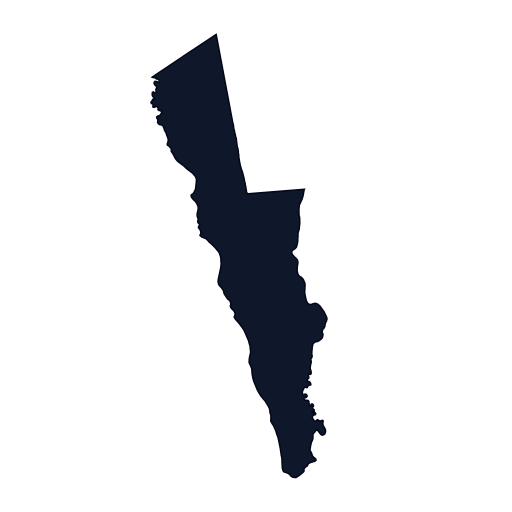 the district of Maxixe, Inhambane, Mozambique, rotated 153°
{"feature_id": "85939544B37735984540105", "entity_name": "Maxixe", "entity_type": "district", "adm_level": 2, "iso_a3": "MOZ", "parent_name": "Mozambique", "parent_adm1": "Inhambane", "projection": "robinson", "projection_center": [35.32, -23.871], "detail": "fine", "context": "isolated", "style": "filled", "palette": "ink", "viewbox_px": 512, "rotation_deg": 153, "n_neighbors": 0, "source": "geoboundaries", "source_scale": "gbopen_adm2", "svg_char_len": 6060}
<svg xmlns="http://www.w3.org/2000/svg" viewBox="0 0 512 512"><g transform="rotate(153 256 256)"><path d="M190.9,471.5L225.1,467.6L267.4,462.5L266.9,461.9L265.1,460.7L264.9,460.1L264.3,458.9L263.3,458.4L263.0,457.8L262.7,456.9L262.6,455.7L262.7,455.2L263.1,454.7L263.8,454.9L265.4,456.7L266.8,457.5L268.1,456.8L268.3,456.1L268.5,456.0L268.5,454.4L267.7,452.2L267.7,451.9L268.2,451.0L269.3,450.1L269.9,449.5L269.9,448.5L270.7,447.5L271.8,447.2L272.4,447.3L272.7,447.7L272.7,448.5L273.1,448.9L274.0,448.8L274.5,448.2L275.3,446.8L275.5,446.2L275.5,444.9L274.7,442.1L275.5,441.7L276.5,442.5L277.2,442.2L278.1,441.4L279.0,441.2L279.8,440.7L280.0,439.3L279.2,438.8L278.9,437.5L279.2,436.7L279.9,436.4L280.2,435.6L279.5,434.8L276.8,434.4L276.1,433.5L276.1,431.8L276.8,431.1L276.7,430.1L275.7,429.2L274.7,428.0L274.8,426.6L277.3,425.2L278.4,424.9L279.9,425.3L281.4,425.0L281.8,424.1L281.6,422.6L282.0,421.0L283.0,419.9L283.0,418.2L282.1,416.7L280.6,415.7L279.8,414.1L280.2,410.1L280.4,409.8L280.3,406.1L280.6,404.7L281.0,401.0L281.5,399.2L282.6,397.7L284.0,396.3L284.5,395.6L284.5,394.9L283.6,393.1L283.2,391.9L283.2,391.4L282.8,390.3L283.4,388.7L284.0,387.8L283.6,384.5L283.6,379.4L282.9,376.2L282.1,374.4L279.4,369.0L278.1,365.2L274.9,358.6L273.9,354.4L274.0,352.3L274.5,350.9L275.5,349.2L278.5,344.5L279.9,342.7L282.7,340.7L284.0,340.0L285.2,340.0L286.3,339.6L286.7,338.4L286.7,337.0L286.1,334.3L285.2,332.1L285.1,330.8L284.9,329.3L285.2,326.3L285.5,325.3L286.8,323.3L287.8,322.1L289.7,319.7L290.5,317.5L290.6,315.8L291.1,314.4L291.7,314.1L292.1,313.3L292.5,312.9L292.6,312.6L292.4,311.4L291.9,310.0L292.2,309.2L293.2,308.7L294.2,307.9L294.4,307.0L293.9,304.5L294.3,302.5L294.9,301.1L296.5,300.0L296.5,299.2L296.1,298.6L295.7,297.6L292.8,294.3L292.2,292.8L291.7,291.2L291.4,289.7L290.2,286.9L288.6,282.0L287.4,276.5L287.3,275.0L288.0,271.1L288.8,268.9L289.7,267.0L290.5,265.0L292.7,261.6L300.3,252.2L301.4,250.5L301.7,249.3L302.1,248.3L302.1,246.9L301.7,245.2L301.2,243.5L300.7,240.3L301.5,236.7L301.3,234.7L300.8,230.6L299.7,228.4L299.7,226.7L300.1,224.9L300.7,223.9L301.5,223.3L301.8,221.9L301.7,220.4L301.2,218.8L300.6,217.7L300.6,214.9L301.0,213.7L301.8,212.6L303.0,211.8L303.2,211.1L303.0,209.1L301.6,203.4L300.6,197.7L300.4,195.1L300.6,191.2L301.1,183.7L301.7,181.3L302.3,178.0L303.5,175.5L303.9,173.9L304.7,172.4L308.4,167.9L310.5,164.3L310.8,158.8L311.1,157.2L312.2,154.5L312.8,153.3L314.0,149.4L314.5,147.3L314.9,144.8L315.6,136.2L315.5,133.0L315.2,129.1L313.7,122.5L313.2,116.6L313.3,113.9L313.8,111.9L314.2,111.3L314.7,109.7L315.0,107.6L315.8,105.7L317.7,102.4L317.8,101.0L317.7,99.1L317.4,97.1L317.7,91.2L318.3,88.1L318.8,84.1L321.7,73.6L324.2,66.3L324.2,65.8L325.6,61.9L326.2,61.1L327.2,58.6L327.7,57.8L327.9,56.9L328.7,55.6L329.4,52.3L329.3,51.4L328.9,50.7L327.9,49.9L327.4,49.2L326.4,48.3L325.2,46.1L325.0,44.9L324.6,43.6L323.8,42.4L322.7,41.5L321.1,40.5L318.2,40.7L313.9,41.5L311.7,42.1L310.7,42.7L310.6,43.6L309.8,44.5L308.8,45.1L307.7,45.5L305.9,45.6L303.6,47.2L301.8,47.3L296.5,46.4L295.2,46.8L294.9,48.0L296.1,50.8L296.5,52.8L296.0,54.7L296.1,58.4L295.4,59.7L295.0,60.0L293.4,62.3L292.6,63.1L291.7,64.4L289.0,66.6L288.0,67.8L286.6,70.5L285.6,71.8L283.9,72.3L282.5,73.1L281.5,73.3L280.7,73.2L280.0,72.0L279.6,69.1L279.2,67.5L278.6,66.6L278.0,66.1L276.9,66.0L276.7,66.1L275.5,66.2L274.3,67.3L273.8,67.9L273.2,69.0L272.9,70.8L273.1,74.8L272.4,76.7L271.1,78.4L271.0,78.7L271.5,79.5L273.7,79.8L274.8,80.7L274.9,81.5L275.6,82.3L276.4,82.2L277.1,81.8L278.5,82.0L279.0,83.3L279.2,85.1L279.2,86.4L278.7,87.3L277.3,88.0L275.8,87.9L275.1,87.7L274.5,88.2L274.3,88.9L274.7,90.0L276.8,90.3L277.1,90.9L277.0,91.6L276.1,91.7L275.2,91.4L274.4,91.5L274.0,92.4L274.8,94.6L274.3,95.4L272.8,96.3L272.5,97.4L273.0,98.6L273.6,98.9L274.2,98.8L274.7,97.2L275.1,97.0L275.6,97.7L275.8,98.5L276.3,98.7L276.6,99.2L275.6,100.2L275.6,101.5L274.9,102.4L275.1,103.5L276.2,104.4L277.2,104.8L277.9,105.5L278.2,106.4L278.2,107.2L277.4,107.6L276.6,107.3L275.6,107.2L274.1,107.8L273.8,108.7L274.3,110.3L275.5,110.8L276.6,111.0L277.2,111.7L277.2,112.4L276.1,114.2L275.7,114.7L274.2,115.7L273.4,116.5L272.6,116.8L271.6,116.8L270.6,115.7L270.0,115.5L269.4,116.2L268.9,116.5L266.7,116.7L265.8,116.3L265.3,116.9L265.2,118.3L265.4,119.6L266.2,120.4L266.9,120.7L266.9,121.3L266.3,122.9L265.0,123.0L264.4,123.3L264.0,123.9L263.6,126.0L263.3,126.4L262.6,126.6L262.1,126.3L261.6,125.9L260.6,125.9L259.8,126.9L259.2,128.7L259.0,129.8L258.8,131.1L258.1,132.4L256.0,135.2L255.1,136.1L254.6,137.2L254.2,138.8L253.7,139.5L252.5,140.1L251.5,141.1L250.7,143.6L249.6,145.5L247.6,148.7L246.1,150.7L245.1,151.8L243.6,152.4L241.9,152.5L239.9,151.9L238.6,151.9L235.8,152.3L234.3,152.9L233.5,153.5L231.9,155.7L231.6,157.9L231.0,159.2L229.9,160.2L228.2,160.9L226.4,162.2L226.1,162.9L225.6,163.6L224.6,164.5L223.9,165.4L222.6,166.1L222.2,166.9L221.4,167.5L221.1,168.4L220.9,169.3L220.7,175.5L221.3,179.6L221.8,182.6L222.9,185.2L224.7,187.0L226.7,187.5L228.5,187.7L230.0,188.3L231.2,189.7L231.5,191.8L231.4,193.4L230.4,197.5L229.7,200.0L228.9,202.0L227.6,204.1L225.1,208.6L224.7,210.4L224.6,212.6L224.5,213.3L225.1,216.2L226.0,217.4L226.7,218.9L226.9,220.9L226.4,222.8L225.9,224.5L224.4,227.2L221.6,231.1L220.9,233.5L221.5,236.2L222.1,237.6L222.8,240.3L222.9,241.8L222.3,243.6L221.0,244.5L217.9,244.8L216.1,245.5L215.0,246.6L213.0,248.9L211.9,250.5L210.9,252.6L210.0,253.8L208.3,257.1L206.9,258.8L205.2,260.4L204.0,262.5L202.2,265.1L199.6,270.6L199.3,272.4L196.9,277.5L194.3,281.7L191.6,283.8L189.2,285.7L186.8,288.2L183.0,293.2L182.6,293.5L235.4,315.3L235.3,315.9L235.5,317.0L234.6,319.4L234.3,320.7L233.5,322.8L233.5,323.5L232.6,325.8L232.6,326.6L231.2,331.2L231.2,332.0L230.9,332.7L230.7,333.6L230.2,336.2L229.9,337.0L229.9,337.8L229.6,339.3L229.6,340.4L229.1,342.2L229.1,343.2L228.5,344.8L228.5,345.5L227.9,346.9L227.9,347.6L226.8,350.5L226.5,351.9L225.6,353.5L224.9,356.0L224.3,357.0L223.2,360.6L223.2,361.5L221.5,366.4L220.5,368.9L220.0,370.7L220.0,371.6L219.2,373.9L219.2,374.7L218.2,377.9L218.2,378.8L216.4,383.8L216.4,384.6L190.9,471.5Z" fill="#0f172a" stroke="#020617" stroke-width="1.5"/></g></svg>